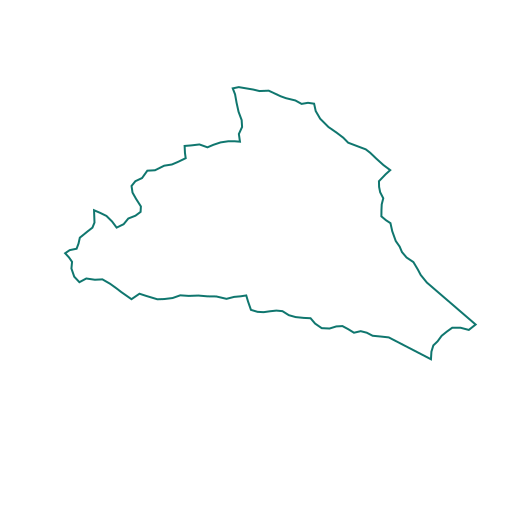 São José de Caiana, Paraíba, Brazil, rotated 247°
{"feature_id": "56859067B86107293637085", "entity_name": "São José de Caiana", "entity_type": "district", "adm_level": 2, "iso_a3": "BRA", "parent_name": "Brazil", "parent_adm1": "Paraíba", "projection": "orthographic", "projection_center": [-38.322, -7.247], "detail": "fine", "context": "isolated", "style": "outline", "palette": "teal", "viewbox_px": 512, "rotation_deg": 247, "n_neighbors": 0, "source": "geoboundaries", "source_scale": "gbopen_adm2", "svg_char_len": 1916}
<svg xmlns="http://www.w3.org/2000/svg" viewBox="0 0 512 512"><g transform="rotate(247 256 256)"><path d="M333.1,81.4L327.8,83.3L322.5,84.4L316.6,81.2L308.0,80.6L300.9,83.2L301.6,91.0L297.1,98.4L294.5,105.5L287.5,110.8L280.6,115.0L275.6,117.8L264.9,124.5L266.8,134.0L262.1,139.4L254.7,148.3L252.3,154.5L249.9,162.8L249.4,170.9L245.5,178.6L242.1,187.5L237.8,195.6L234.3,203.6L228.1,212.1L226.9,219.9L224.9,226.1L223.5,231.6L217.3,230.9L208.4,230.3L204.0,235.6L201.3,241.1L199.6,247.5L197.8,253.4L194.9,258.8L188.7,263.1L184.3,268.6L180.4,275.7L177.4,281.9L170.7,284.0L163.9,288.3L160.5,295.4L159.8,302.4L157.7,308.2L152.6,312.3L147.1,316.2L145.9,323.0L142.1,328.0L137.0,332.2L133.0,339.6L129.2,346.4L92.6,376.7L99.4,380.1L104.4,384.3L106.5,389.8L110.0,395.7L111.8,402.0L113.3,408.6L110.0,416.3L104.8,423.0L107.1,431.4L164.8,402.9L174.2,400.2L180.2,399.7L188.9,398.5L195.8,394.0L202.6,391.9L208.5,391.9L215.2,390.5L225.6,391.1L233.7,392.6L238.2,389.6L243.5,386.9L249.4,389.5L254.4,391.9L259.4,395.7L266.2,395.2L271.5,396.3L276.8,398.4L280.6,407.3L282.6,413.1L290.0,408.8L298.8,404.7L306.5,401.4L311.3,398.7L317.2,392.5L324.3,385.1L330.7,382.6L337.7,378.6L346.4,373.1L357.3,368.7L366.1,367.6L373.5,369.0L376.7,363.7L378.2,357.4L383.8,353.0L389.6,345.2L393.4,341.1L403.2,332.3L406.5,323.6L410.3,318.5L418.2,306.1L419.4,300.1L413.0,299.9L404.7,298.0L395.6,296.3L386.7,295.9L380.2,293.6L375.0,287.9L367.5,285.9L370.1,280.9L372.5,275.1L374.4,267.8L375.0,260.3L375.0,253.8L380.8,247.5L383.1,239.6L385.2,233.3L378.7,230.9L373.5,229.5L373.1,220.5L373.1,214.3L375.0,206.8L374.4,196.5L377.0,189.3L372.3,181.6L372.0,174.2L369.1,168.8L362.6,167.1L355.6,167.9L346.6,169.4L341.7,167.0L340.2,160.8L340.4,153.1L337.0,146.6L336.6,138.8L344.0,137.0L351.3,134.0L356.6,129.4L361.4,124.8L349.9,120.4L346.0,116.5L344.5,110.8L341.7,101.0L336.8,97.5L332.8,93.7L334.2,86.8L333.1,81.4Z" fill="none" stroke="#0f766e" stroke-width="2"/></g></svg>